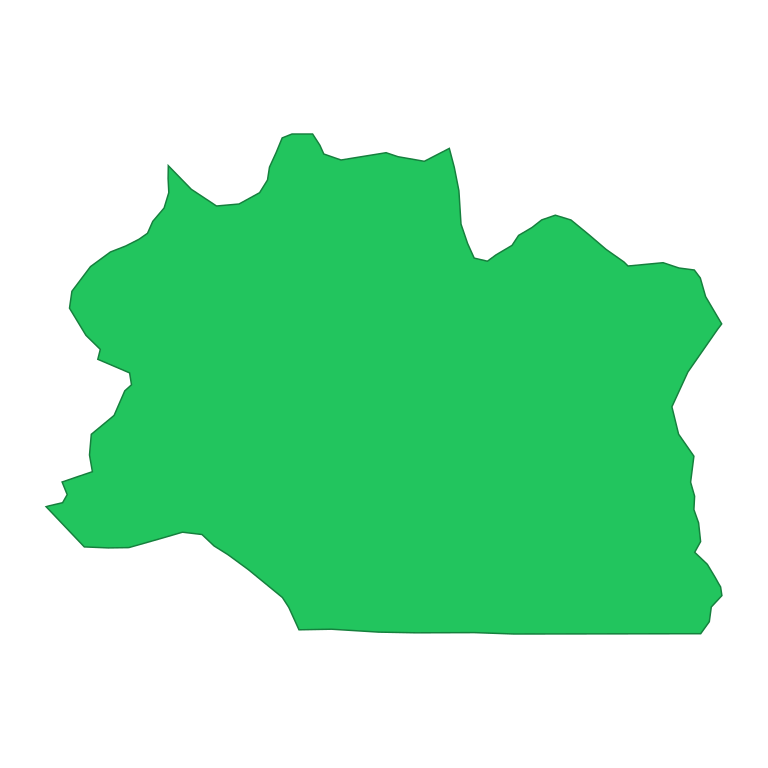 Djerem, Adamaoua, Cameroon
{"feature_id": "32672807B72380332498823", "entity_name": "Djerem", "entity_type": "district", "adm_level": 2, "iso_a3": "CMR", "parent_name": "Cameroon", "parent_adm1": "Adamaoua", "projection": "orthographic", "projection_center": [12.686, 6.508], "detail": "fine", "context": "isolated", "style": "filled", "palette": "green", "viewbox_px": 768, "rotation_deg": 0, "n_neighbors": 0, "source": "geoboundaries", "source_scale": "gbopen_adm2", "svg_char_len": 1413}
<svg xmlns="http://www.w3.org/2000/svg" viewBox="0 0 768 768"><path d="M700.7,633.7L709.3,621.7L711.3,607.0L721.9,595.6L720.6,586.9L718.5,583.4L715.3,577.6L707.3,564.3L694.7,552.3L700.6,541.6L698.6,522.9L693.9,509.6L694.6,496.2L690.6,482.2L693.9,456.2L678.6,434.2L671.9,406.8L687.9,372.0L717.6,329.3L720.2,325.9L721.7,323.9L705.6,296.6L700.3,278.0L694.3,270.0L679.0,268.0L663.1,262.7L628.0,266.0L624.0,262.0L606.1,249.4L588.9,234.7L571.0,220.0L555.3,215.2L541.7,219.9L532.0,227.5L518.6,235.4L512.0,245.4L501.7,251.5L496.1,254.8L487.4,261.2L474.2,258.1L467.6,243.5L461.0,224.1L458.9,190.7L454.3,167.4L449.3,148.4L424.3,161.3L398.0,156.7L386.1,152.7L341.0,160.0L323.8,154.0L319.9,145.3L312.6,134.0L292.0,134.0L282.2,137.9L276.1,152.7L269.5,167.1L267.5,180.0L259.6,192.7L239.0,204.0L216.5,206.0L191.3,189.3L168.3,165.7L168.1,178.6L168.8,192.6L164.1,208.0L154.7,219.1L152.8,221.3L147.5,233.3L138.9,239.3L125.7,246.0L110.4,252.0L90.5,266.6L71.9,291.3L69.5,308.2L86.0,335.4L100.3,349.4L97.8,359.3L129.6,372.9L131.5,384.8L124.8,390.8L114.1,415.4L91.3,434.3L89.5,455.0L92.4,471.7L78.7,476.3L62.1,482.0L67.2,494.6L62.6,502.7L49.6,505.7L46.1,506.7L84.3,546.9L108.2,547.9L128.8,547.6L161.2,538.4L182.5,532.2L202.0,534.5L214.0,545.9L227.7,554.5L248.2,569.5L282.4,597.5L288.8,607.4L299.0,629.8L331.4,629.2L378.5,632.1L415.9,632.8L474.4,632.6L514.2,634.0L700.7,633.7Z" fill="#22c55e" stroke="#15803d" stroke-width="1.5"/></svg>